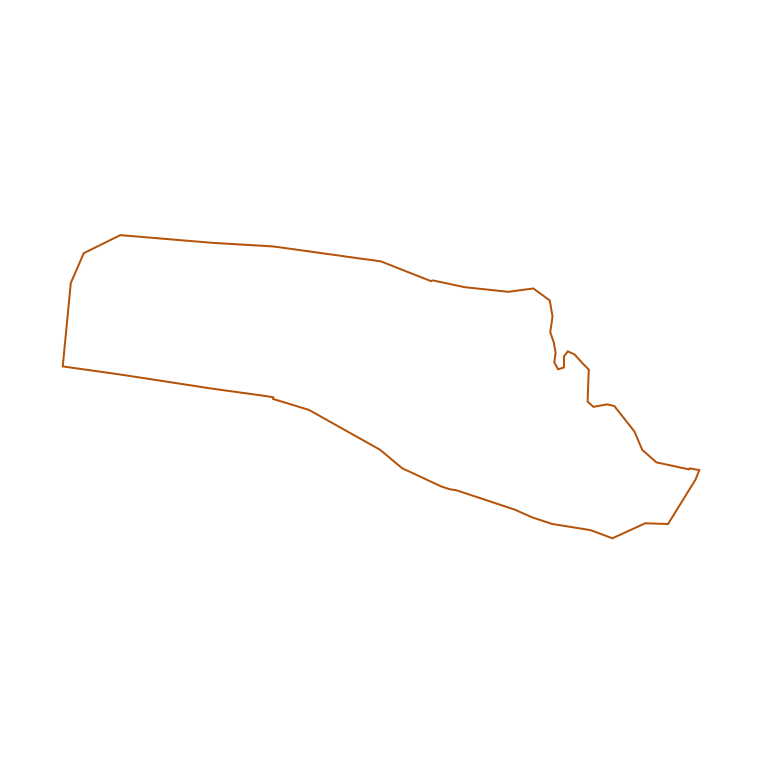 Um Baru, North Darfur, Sudan, rotated 278°
{"feature_id": "16777658B26622342825559", "entity_name": "Um Baru", "entity_type": "district", "adm_level": 2, "iso_a3": "SDN", "parent_name": "Sudan", "parent_adm1": "North Darfur", "projection": "albers", "projection_center": [24.187, 15.315], "detail": "fine", "context": "isolated", "style": "outline", "palette": "amber", "viewbox_px": 768, "rotation_deg": 278, "n_neighbors": 0, "source": "geoboundaries", "source_scale": "gbopen_adm2", "svg_char_len": 1110}
<svg xmlns="http://www.w3.org/2000/svg" viewBox="0 0 768 768"><g transform="rotate(278 384 384)"><path d="M493.1,417.3L492.6,416.6L492.4,416.4L494.0,409.6L495.1,405.0L498.7,390.0L500.8,381.2L505.0,363.7L505.0,350.6L504.9,339.1L504.9,313.8L504.9,313.5L504.8,257.1L504.8,256.0L504.8,255.1L500.0,196.1L498.6,171.5L494.7,102.1L471.8,68.5L440.4,59.8L356.9,63.4L356.7,63.5L356.7,103.1L356.7,119.5L355.9,180.5L355.7,201.0L355.5,206.2L355.5,214.5L355.5,230.5L355.6,256.7L355.6,259.1L355.6,269.6L355.4,276.2L353.7,276.3L350.9,294.5L347.9,313.2L318.3,389.3L303.1,413.7L290.4,455.4L288.9,463.9L288.9,470.1L277.8,530.8L272.5,549.5L268.8,570.1L268.0,609.0L263.0,631.6L282.4,662.0L284.9,684.7L285.0,684.8L332.7,705.8L342.6,708.2L343.0,698.4L341.9,697.8L344.3,664.7L354.7,648.9L371.8,638.6L394.2,615.2L394.9,607.8L390.5,594.6L394.9,588.1L408.9,586.6L426.8,584.8L431.9,578.0L439.7,568.7L441.9,561.5L436.3,558.4L425.4,559.9L422.8,554.3L429.1,549.6L438.9,549.6L448.8,546.3L458.5,541.4L474.4,541.5L489.8,536.5L499.4,518.6L492.6,494.3L491.1,450.1L493.4,418.1L493.1,417.3Z" fill="none" stroke="#b45309" stroke-width="2"/></g></svg>